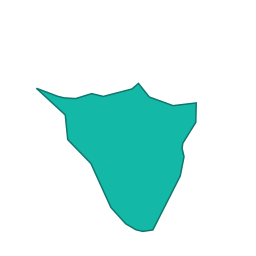 map outline of Rogaška Slatina (Albers equal-area conic projection), rotated 227°
{"feature_id": "SVN-982", "entity_name": "Rogaška Slatina", "entity_type": "Municipality", "adm_level": 1, "iso_a3": "SVN", "parent_name": "Slovenia", "parent_adm1": "", "projection": "albers", "projection_center": [15.648, 46.24], "detail": "fine", "context": "isolated", "style": "filled", "palette": "teal", "viewbox_px": 256, "rotation_deg": 227, "n_neighbors": 0, "source": "natural_earth", "source_scale": "10m", "svg_char_len": 473}
<svg xmlns="http://www.w3.org/2000/svg" viewBox="0 0 256 256"><g transform="rotate(227 128 128)"><path d="M153.5,166.0L136.1,164.7L113.6,176.2L99.8,195.0L99.3,194.5L85.9,181.4L79.5,157.7L76.3,153.7L68.8,149.4L57.3,133.5L36.5,76.6L42.3,68.3L48.2,64.4L59.5,61.0L81.5,61.3L127.4,76.7L160.6,76.0L180.3,91.0L219.5,88.1L199.1,98.2L193.5,101.9L185.2,109.8L177.9,124.9L167.9,131.5L153.8,157.6L153.5,165.6L153.5,166.0Z" fill="#14b8a6" stroke="#0f766e" stroke-width="1.5"/></g></svg>